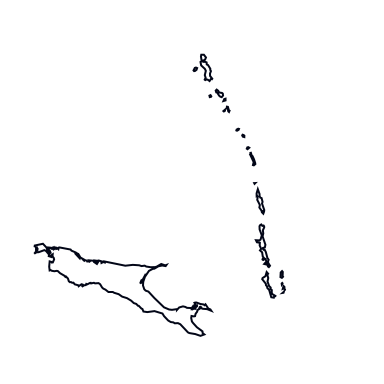 outline of Sakhalin, rotated 293°
{"feature_id": "RUS-2616", "entity_name": "Sakhalin", "entity_type": "Region", "adm_level": 1, "iso_a3": "RUS", "parent_name": "Russia", "parent_adm1": "", "projection": "robinson", "projection_center": [146.417, 48.915], "detail": "fine", "context": "isolated", "style": "outline", "palette": "ink", "viewbox_px": 384, "rotation_deg": 293, "n_neighbors": 0, "source": "natural_earth", "source_scale": "10m", "svg_char_len": 5879}
<svg xmlns="http://www.w3.org/2000/svg" viewBox="0 0 384 384"><g transform="rotate(293 192 192)"><path d="M77.9,71.0L78.1,72.4L78.8,72.2L78.5,71.5L79.7,71.7L79.9,71.4L79.5,70.4L80.6,69.5L80.5,68.4L81.3,68.2L86.1,75.0L84.0,79.8L83.2,80.5L84.6,80.8L85.7,84.3L84.5,81.4L83.8,81.8L84.1,82.8L85.5,84.4L85.1,85.0L86.2,85.5L85.6,85.9L86.8,86.5L85.4,87.3L86.3,87.9L87.2,87.4L87.7,88.3L87.7,89.4L86.8,89.6L87.5,90.5L87.2,91.3L88.7,91.0L89.2,91.7L91.6,102.7L90.9,104.0L90.9,108.6L90.3,111.9L88.4,114.5L88.5,112.5L89.9,111.7L89.2,111.3L90.3,108.8L89.7,108.7L87.1,114.5L88.0,114.3L88.1,115.0L87.6,119.3L87.0,118.6L86.6,119.7L87.4,120.0L87.7,122.1L87.1,122.7L87.7,123.9L87.7,124.8L88.6,125.2L89.0,124.4L90.3,128.5L89.3,129.1L88.6,132.6L90.6,132.9L90.4,131.0L91.1,129.8L91.6,131.6L92.5,132.9L92.9,136.5L92.1,135.9L91.3,136.4L92.9,137.7L93.0,139.4L93.6,139.3L93.7,138.7L93.3,137.3L93.7,137.8L98.1,159.4L101.8,166.0L103.9,172.0L104.1,174.5L105.7,177.2L105.5,179.0L106.6,183.3L108.4,187.3L109.4,188.6L113.7,191.8L114.0,196.0L114.9,197.0L113.5,196.7L112.7,193.3L110.5,190.1L106.7,187.3L105.9,185.9L102.6,183.2L96.0,181.9L96.7,181.3L92.3,180.9L90.9,179.9L88.3,180.0L88.2,180.5L89.6,181.2L89.6,181.8L95.6,181.8L90.3,182.2L86.8,183.4L83.8,186.1L83.1,187.9L83.3,190.8L79.7,198.8L74.9,211.3L74.9,216.8L75.7,219.6L78.4,224.1L77.8,224.3L80.7,225.3L83.2,228.4L83.6,230.8L83.4,232.6L84.9,236.7L84.5,237.0L85.9,237.3L84.3,237.8L84.2,238.4L85.2,239.1L85.8,240.8L87.1,240.5L88.9,241.3L89.7,240.8L89.0,239.8L86.2,239.1L85.8,238.4L86.3,237.8L88.5,238.8L90.3,238.7L91.0,237.6L91.4,238.0L92.0,239.3L92.2,243.5L93.0,246.6L92.7,247.8L93.9,248.3L91.1,252.5L91.1,254.8L90.2,256.2L90.1,251.7L88.7,247.5L88.6,245.7L89.4,245.6L89.7,244.7L89.3,244.2L87.6,244.1L88.1,245.1L85.5,243.2L83.8,243.5L81.4,242.9L78.9,243.3L78.2,242.3L77.7,240.0L75.7,240.5L72.8,242.5L71.8,244.2L69.4,249.4L67.8,256.1L66.3,256.9L65.7,259.0L62.9,256.0L62.5,250.5L61.1,244.6L61.2,243.1L65.7,232.9L65.8,230.3L64.4,227.4L64.7,225.8L64.0,223.3L64.4,220.3L66.8,214.8L68.6,212.3L67.7,204.0L64.0,197.8L63.0,194.0L65.0,192.0L64.9,191.1L66.4,187.5L66.2,186.7L67.2,184.4L67.0,181.8L68.2,178.5L68.9,173.6L68.4,168.6L69.3,164.4L68.8,159.8L69.0,158.2L67.3,154.1L68.3,150.5L68.4,148.1L69.0,146.5L71.2,143.5L71.6,141.6L70.0,138.4L70.1,137.2L68.4,134.8L68.8,134.3L68.5,133.7L66.1,131.7L66.1,130.6L64.8,130.6L64.0,129.2L61.7,127.6L63.9,128.2L64.1,127.6L63.9,126.3L61.0,124.5L61.7,123.9L61.2,120.1L62.2,118.3L61.6,117.2L61.8,115.9L61.3,114.9L61.7,113.5L63.9,111.6L65.0,108.9L64.4,108.6L65.1,107.1L65.7,102.3L66.8,99.3L66.5,98.2L65.3,96.3L64.7,93.8L64.9,92.3L64.2,91.6L67.5,89.7L72.5,88.1L72.7,90.0L72.3,90.5L72.8,91.4L76.1,91.4L77.3,90.5L78.3,88.7L80.2,88.1L78.5,87.0L77.2,87.7L77.0,85.2L79.5,84.7L80.8,85.6L82.3,84.1L82.0,81.9L81.2,81.1L80.0,84.0L78.8,84.3L80.7,80.6L80.8,78.8L76.7,74.4L75.8,72.5L73.6,70.9L76.4,71.7L77.9,71.0ZM188.3,270.0L189.1,271.0L188.6,271.8L187.6,272.3L184.4,272.2L181.7,273.8L178.8,274.3L172.1,280.2L169.5,280.7L168.2,279.2L167.4,279.5L166.8,280.5L167.2,281.5L165.6,283.4L160.7,287.2L159.6,289.0L157.5,289.2L156.4,290.0L154.6,292.6L152.9,292.1L153.1,291.1L154.5,289.7L154.2,288.0L155.4,289.3L156.1,288.6L155.4,287.1L157.1,287.7L159.0,285.9L159.1,285.0L157.6,284.5L157.2,284.1L157.4,283.3L158.2,283.2L159.4,284.0L160.2,282.4L163.9,280.1L164.8,277.4L166.7,277.9L169.2,275.2L171.8,274.3L171.1,271.4L172.6,269.7L173.8,273.0L175.0,273.7L179.4,273.2L183.9,268.9L186.9,267.5L188.2,267.7L189.2,268.5L188.3,270.0ZM316.4,152.2L317.0,153.1L317.0,154.8L315.2,155.7L315.1,157.2L312.6,160.7L311.5,161.1L310.7,162.2L308.0,162.3L305.9,163.3L304.2,166.4L303.7,166.3L303.8,165.3L301.0,164.8L301.5,162.9L301.4,161.5L300.2,160.5L300.4,159.8L302.5,159.9L304.6,158.1L308.9,157.4L310.4,155.7L312.1,151.0L314.7,149.2L315.2,149.0L316.1,149.7L316.4,152.2ZM143.2,292.5L147.5,292.0L146.5,294.0L145.3,293.6L142.6,295.8L139.1,296.5L135.6,299.7L134.8,301.7L133.5,302.1L132.9,303.8L130.7,304.6L129.4,305.8L128.8,310.3L128.7,308.8L128.0,308.4L126.7,308.6L126.1,306.1L132.0,301.3L133.1,298.8L134.4,298.0L135.1,296.5L136.4,295.8L139.2,290.7L140.4,290.6L143.2,292.5ZM216.0,252.0L220.3,251.5L216.6,254.9L214.5,255.9L213.5,257.1L213.6,258.4L210.5,260.8L208.7,261.0L203.6,265.6L202.9,265.7L202.4,265.0L202.0,266.0L199.9,266.1L200.7,264.2L202.0,263.3L204.0,260.1L206.6,259.5L210.3,255.1L213.3,254.4L213.8,253.7L213.3,253.2L216.0,252.0ZM322.0,146.9L323.0,149.3L321.3,152.3L319.0,152.3L317.3,151.0L317.0,150.0L317.5,149.0L320.2,147.3L322.0,146.9ZM294.6,174.2L295.9,174.7L295.4,176.6L294.2,178.1L294.9,180.9L294.6,181.9L292.9,182.9L290.9,182.3L290.8,180.8L291.3,179.3L293.4,176.3L293.2,175.4L294.6,174.2ZM249.5,231.2L250.8,230.5L251.1,230.9L249.1,232.5L248.7,233.7L246.3,236.3L243.3,238.9L242.4,239.4L240.7,238.5L240.6,237.6L243.6,237.1L249.8,230.2L249.5,231.2ZM152.6,305.1L154.4,305.8L153.9,306.8L150.1,308.2L149.6,308.9L148.1,308.3L148.2,306.7L152.6,305.1ZM306.2,148.4L304.5,147.4L304.1,146.7L304.5,145.9L307.3,146.1L308.1,147.0L308.1,148.3L306.2,148.4ZM284.2,190.8L284.4,191.8L281.6,194.0L281.5,194.8L280.1,194.8L280.4,193.9L282.2,192.6L282.5,191.2L284.2,190.8ZM290.2,185.4L291.0,186.4L289.4,187.1L288.0,185.4L290.2,185.4ZM254.7,225.5L255.3,226.3L255.1,227.4L253.1,226.4L253.3,225.5L254.7,225.5ZM263.7,216.1L264.5,216.2L264.6,217.3L264.3,218.2L263.0,218.7L262.8,217.2L263.7,216.1ZM268.3,209.8L268.4,210.6L267.4,210.6L266.0,209.5L266.0,208.8L266.9,208.7L268.3,209.8ZM138.4,313.4L141.2,313.0L140.8,314.1L139.8,314.6L138.4,313.4ZM287.5,170.4L288.4,171.2L287.6,172.4L287.0,172.3L286.3,171.3L287.5,170.4ZM278.8,189.3L280.6,190.2L279.7,190.6L278.6,189.9L278.8,189.3ZM134.5,314.8L136.0,315.5L135.0,315.6L134.5,314.8ZM224.5,245.8L225.0,246.8L224.0,246.4L224.5,245.8ZM143.5,310.6L143.3,311.0L142.0,310.8L142.8,310.3L143.5,310.6ZM138.7,314.9L138.5,315.7L137.5,315.8L138.5,315.3L138.7,314.9ZM78.1,71.0L78.9,70.7L79.1,70.8L78.1,71.0Z" fill="none" stroke="#020617" stroke-width="2"/></g></svg>